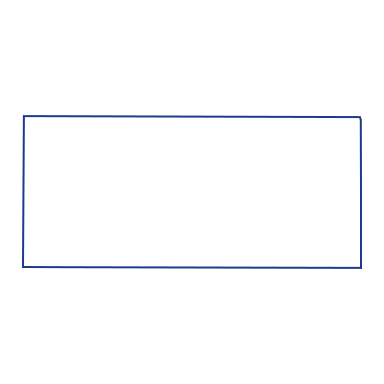 outline of Edmunds, South Dakota, United States of America
{"feature_id": "52423323B63340184884182", "entity_name": "Edmunds", "entity_type": "district", "adm_level": 2, "iso_a3": "USA", "parent_name": "United States of America", "parent_adm1": "South Dakota", "projection": "natural_earth1", "projection_center": [-99.076, 45.419], "detail": "fine", "context": "isolated", "style": "outline", "palette": "blue", "viewbox_px": 384, "rotation_deg": 0, "n_neighbors": 0, "source": "geoboundaries", "source_scale": "gbopen_adm2", "svg_char_len": 220}
<svg xmlns="http://www.w3.org/2000/svg" viewBox="0 0 384 384"><path d="M361.0,267.9L361.0,192.4L360.8,119.9L359.9,117.1L23.9,116.1L23.0,267.0L69.5,267.2L361.0,267.9Z" fill="none" stroke="#1e3a8a" stroke-width="2"/></svg>